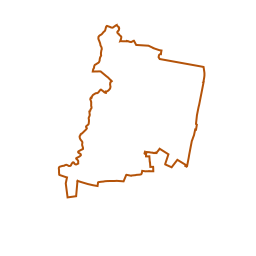 the district of Balotesti, Ilfov, Romania, rotated 299°
{"feature_id": "2599482B37621113883018", "entity_name": "Balotesti", "entity_type": "district", "adm_level": 2, "iso_a3": "ROU", "parent_name": "Romania", "parent_adm1": "Ilfov", "projection": "albers", "projection_center": [26.074, 44.622], "detail": "fine", "context": "isolated", "style": "outline", "palette": "amber", "viewbox_px": 256, "rotation_deg": 299, "n_neighbors": 0, "source": "geoboundaries", "source_scale": "gbopen_adm2", "svg_char_len": 5377}
<svg xmlns="http://www.w3.org/2000/svg" viewBox="0 0 256 256"><g transform="rotate(299 128 128)"><path d="M218.0,164.5L217.9,164.1L216.9,161.1L203.7,122.3L204.3,121.2L204.8,120.4L206.1,120.0L206.7,119.8L207.3,119.9L208.2,120.3L208.5,120.6L208.6,121.0L208.9,120.9L209.1,120.7L212.0,119.7L211.3,117.8L210.2,111.9L210.3,111.9L209.9,106.0L204.6,94.9L207.2,90.9L207.0,90.6L206.8,90.4L206.3,90.2L204.7,89.1L204.2,87.7L204.0,86.7L204.0,86.0L203.8,85.5L203.6,84.8L203.2,84.9L203.0,84.4L202.7,83.8L201.2,81.1L200.4,79.4L200.1,79.1L200.7,79.0L201.4,78.8L202.2,78.8L203.7,78.3L204.4,78.0L204.7,77.6L204.8,77.0L205.0,76.7L205.0,76.3L205.2,75.4L205.5,74.5L205.7,74.3L205.8,74.2L205.7,74.0L205.7,73.7L205.9,73.2L206.2,72.5L206.8,72.1L207.2,72.1L207.9,72.2L208.1,72.4L208.6,72.5L208.9,72.4L209.3,72.5L210.3,72.2L210.6,71.8L210.8,71.7L211.1,71.8L211.5,71.4L211.9,70.7L211.8,70.1L212.3,68.8L212.2,68.5L212.3,68.2L212.5,68.1L212.1,67.8L208.4,66.0L208.1,65.6L207.9,65.0L207.8,64.5L207.7,64.4L207.7,63.4L207.5,62.7L207.5,62.1L207.2,61.0L207.2,60.6L207.1,60.1L206.8,59.9L206.7,59.9L206.2,59.9L205.8,59.8L205.4,59.9L202.7,60.6L201.9,60.7L201.5,60.6L199.8,60.0L199.3,59.9L199.0,59.9L197.9,59.7L196.9,59.4L195.8,58.7L195.3,58.4L194.5,58.1L193.7,58.1L193.2,58.0L192.4,58.5L191.7,58.8L190.9,59.7L190.3,60.5L188.6,62.5L187.8,63.2L186.9,63.9L186.2,65.0L185.9,65.5L185.3,66.1L184.9,66.4L184.3,66.8L184.0,66.9L183.3,67.0L182.6,67.2L180.7,67.9L179.5,68.5L178.3,69.4L176.9,69.4L176.3,69.4L174.8,69.8L174.2,70.0L173.7,70.3L173.1,70.5L172.4,70.6L171.7,70.7L171.0,70.6L170.2,70.2L169.2,69.6L168.4,69.2L167.1,68.4L166.4,68.4L165.3,68.6L164.2,69.1L163.0,69.1L162.6,69.1L161.7,69.3L160.3,69.8L163.9,76.0L164.2,76.7L162.8,84.0L162.7,84.7L162.5,86.1L161.7,88.7L161.6,89.5L161.4,89.7L161.3,90.4L161.3,90.5L161.1,91.1L160.5,90.9L159.8,90.5L159.1,90.5L158.0,91.0L157.7,91.0L155.8,92.5L155.6,92.7L154.9,92.9L153.8,93.2L153.2,93.1L151.7,92.8L150.3,92.2L149.5,91.6L149.2,90.9L148.0,91.6L147.8,91.1L147.8,90.6L147.8,89.9L148.0,89.1L148.3,87.5L148.3,87.3L148.3,86.8L148.5,86.0L148.5,85.8L148.3,85.5L147.8,85.3L146.6,85.1L146.1,85.0L145.7,84.9L145.0,84.9L144.8,84.8L144.0,84.5L143.6,84.2L143.4,83.9L143.0,83.2L142.8,83.1L142.4,82.7L140.0,81.4L139.6,81.3L138.4,81.2L136.6,81.5L136.5,80.8L135.8,80.8L135.1,81.0L134.8,81.1L133.8,82.3L133.2,82.9L132.9,83.1L132.8,83.3L132.2,83.6L129.8,84.9L129.4,85.1L129.1,85.5L128.6,85.9L128.0,86.3L127.8,86.4L127.5,86.4L126.4,86.3L125.9,86.3L124.8,86.5L124.7,86.6L123.9,86.4L123.7,86.2L123.1,86.7L122.8,86.8L122.5,87.1L121.8,87.5L121.3,88.0L120.8,88.2L120.4,88.4L119.7,88.5L118.8,88.6L117.9,88.7L117.6,88.8L117.0,89.2L116.8,89.4L116.2,89.9L114.9,90.6L113.3,91.3L112.4,91.6L111.9,91.6L111.4,91.4L110.7,91.2L110.2,90.9L109.5,90.7L109.2,90.6L108.7,90.7L108.4,91.0L108.1,91.6L107.9,92.1L107.6,92.2L106.7,92.1L105.5,91.8L104.6,91.5L103.9,91.3L102.9,91.0L102.5,90.9L100.7,90.3L100.3,89.9L99.9,89.8L99.8,89.7L99.3,89.6L99.0,89.8L98.7,89.8L98.0,89.8L97.4,89.7L96.9,89.9L96.0,90.6L95.3,91.4L94.8,92.2L94.0,94.2L93.7,94.7L93.1,95.2L92.3,95.5L91.5,95.8L90.9,96.1L88.9,98.2L87.9,98.8L87.7,98.7L87.6,98.4L87.0,98.3L86.0,97.5L84.7,96.7L84.2,96.4L83.6,96.0L83.2,95.9L82.7,96.1L82.4,96.6L82.3,97.3L82.3,98.3L82.2,99.2L82.0,99.4L81.8,99.7L81.5,99.9L81.2,100.0L79.6,99.4L77.8,98.2L76.7,97.4L76.3,97.4L76.1,97.6L75.9,97.9L75.8,98.3L75.8,98.9L75.4,99.7L75.3,100.1L75.1,100.3L74.6,100.7L74.2,100.9L73.7,101.1L72.8,101.7L71.5,100.8L71.1,100.5L70.8,100.0L70.7,99.4L70.8,98.5L71.0,98.1L71.3,97.8L71.4,97.6L71.5,97.2L71.4,96.6L71.1,96.4L70.8,96.3L69.7,96.1L68.6,96.1L67.6,96.2L67.3,96.1L66.8,95.8L66.6,95.5L66.1,94.7L66.1,92.9L66.0,92.2L65.9,91.9L65.8,91.7L65.0,91.0L64.8,90.8L64.2,90.5L63.8,90.2L63.5,89.6L63.2,89.3L63.0,89.0L61.8,87.8L61.4,87.4L61.0,87.1L60.7,86.9L60.4,86.8L59.9,86.8L59.5,86.9L59.1,87.1L57.4,88.3L55.9,89.1L55.4,89.4L54.9,89.8L53.9,90.4L53.7,90.7L54.7,96.3L55.0,97.8L55.2,98.6L49.4,100.4L38.0,108.8L43.2,115.7L56.9,109.6L57.1,109.5L57.1,109.4L57.4,109.4L57.4,110.1L58.0,113.2L59.5,120.0L61.0,125.2L62.5,129.5L65.9,128.2L66.1,128.3L66.3,128.4L67.7,130.2L69.2,132.4L70.3,133.7L71.4,135.4L72.9,137.9L75.2,142.0L75.9,143.2L76.2,143.5L79.2,150.0L86.1,149.2L86.3,149.3L87.8,154.0L88.2,154.2L90.4,157.4L91.1,158.1L92.9,160.9L93.7,161.8L94.1,162.0L94.6,162.0L95.3,161.9L97.4,161.2L98.5,164.1L100.7,168.0L100.8,167.9L100.9,168.1L101.0,168.5L102.4,171.1L105.5,169.3L106.2,168.8L104.8,166.4L108.9,163.7L109.0,163.5L109.0,163.4L113.6,160.4L113.0,159.5L112.7,158.9L112.1,157.9L112.0,157.7L111.9,157.5L114.0,156.4L113.6,155.6L113.6,155.4L113.9,155.3L113.8,155.0L113.8,154.8L115.2,154.4L115.4,154.4L115.2,154.9L115.7,156.2L116.1,156.1L116.6,157.2L117.3,158.8L117.4,159.3L117.7,160.2L118.2,161.1L118.4,161.6L118.5,162.1L118.4,162.1L118.6,162.8L118.8,163.1L119.4,164.2L119.5,164.1L119.9,165.0L120.1,164.9L120.1,165.0L121.2,165.1L121.7,165.2L122.1,165.3L123.4,165.5L123.8,165.6L125.2,165.7L124.6,176.1L114.5,178.0L114.2,178.2L114.2,178.3L114.8,185.2L124.1,186.6L123.7,196.5L122.6,196.5L122.6,197.1L122.6,197.7L123.7,197.4L123.7,198.0L131.4,195.5L134.5,194.4L147.6,190.1L149.3,189.9L150.9,189.6L153.7,189.2L159.3,187.5L159.5,188.3L159.8,188.2L164.3,186.6L164.4,186.0L164.4,185.7L164.7,185.4L166.4,184.7L172.6,182.1L180.4,179.6L182.7,179.0L205.0,171.8L204.9,171.6L205.0,171.6L209.0,170.2L209.8,169.9L211.4,169.2L212.2,168.7L213.0,168.3L214.5,167.2L218.0,164.5Z" fill="none" stroke="#b45309" stroke-width="2"/></g></svg>